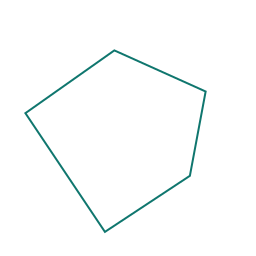 the border of Swain's Island, rotated 231°
{"feature_id": "ASM-5001", "entity_name": "Swain's Island", "entity_type": "state/province", "adm_level": 1, "iso_a3": "ASM", "parent_name": "American Samoa", "parent_adm1": "", "projection": "albers", "projection_center": [-171.079, -11.059], "detail": "fine", "context": "isolated", "style": "outline", "palette": "teal", "viewbox_px": 256, "rotation_deg": 231, "n_neighbors": 0, "source": "natural_earth", "source_scale": "10m", "svg_char_len": 233}
<svg xmlns="http://www.w3.org/2000/svg" viewBox="0 0 256 256"><g transform="rotate(231 128 128)"><path d="M204.1,57.6L196.9,166.2L107.5,211.3L51.9,146.0L61.8,44.7L204.1,57.6Z" fill="none" stroke="#0f766e" stroke-width="2"/></g></svg>